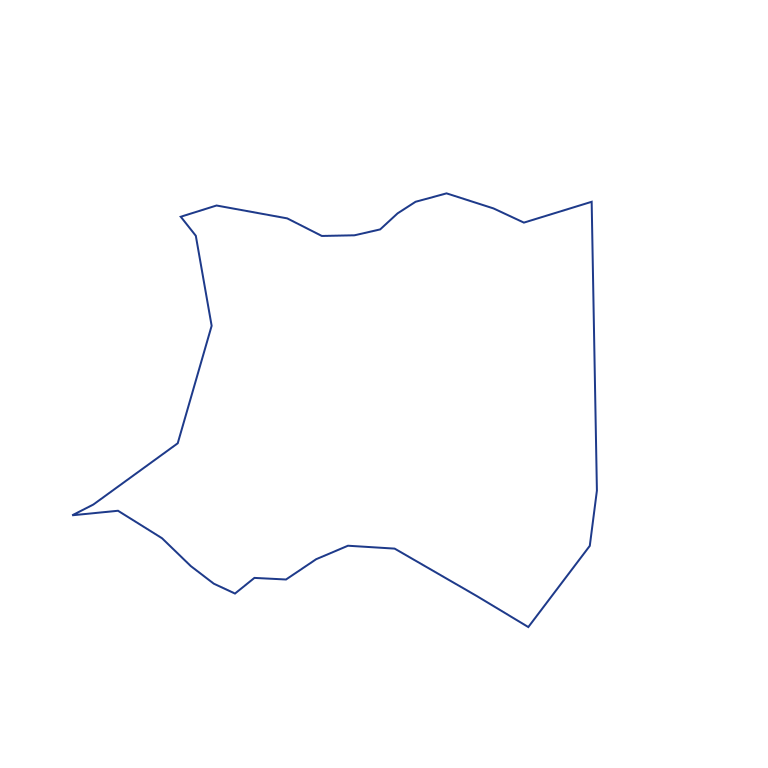 Selnica ob Dravi, Equal Earth projection, rotated 295°
{"feature_id": "SVN-234", "entity_name": "Selnica ob Dravi", "entity_type": "Municipality", "adm_level": 1, "iso_a3": "SVN", "parent_name": "Slovenia", "parent_adm1": "", "projection": "equal_earth", "projection_center": [15.485, 46.584], "detail": "fine", "context": "isolated", "style": "outline", "palette": "blue", "viewbox_px": 768, "rotation_deg": 295, "n_neighbors": 0, "source": "natural_earth", "source_scale": "10m", "svg_char_len": 562}
<svg xmlns="http://www.w3.org/2000/svg" viewBox="0 0 768 768"><g transform="rotate(295 384 384)"><path d="M243.1,222.1L363.9,203.2L438.8,150.8L449.7,129.1L475.0,156.8L493.2,226.3L491.9,265.1L506.3,294.4L522.5,315.2L544.4,324.2L562.5,335.6L583.2,360.1L589.4,409.0L589.4,442.6L636.9,495.2L377.4,622.0L324.3,638.9L224.7,617.5L231.0,558.1L239.3,463.2L222.2,419.7L196.6,396.6L165.4,377.8L153.5,348.5L131.1,337.5L131.1,314.1L137.3,285.9L150.4,248.0L156.7,196.5L133.6,157.5L133.2,156.9L151.9,171.5L243.1,222.1Z" fill="none" stroke="#1e3a8a" stroke-width="2"/></g></svg>